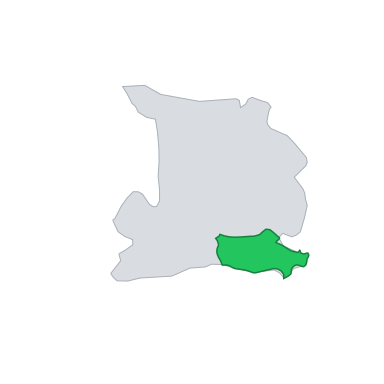 where Pljevlja sits in Montenegro, rotated 144°
{"feature_id": "MNE-1516", "entity_name": "Pljevlja", "entity_type": "Municipality", "adm_level": 1, "iso_a3": "MNE", "parent_name": "Montenegro", "parent_adm1": "", "projection": "natural_earth1", "projection_center": [19.172, 43.297], "detail": "fine", "context": "in_parent", "style": "filled", "palette": "green", "viewbox_px": 384, "rotation_deg": 144, "n_neighbors": 0, "source": "natural_earth", "source_scale": "10m", "svg_char_len": 2081}
<svg xmlns="http://www.w3.org/2000/svg" viewBox="0 0 384 384"><g transform="rotate(144 192 192)"><path d="M168.5,68.1L168.2,69.9L168.8,75.3L171.4,80.6L180.9,86.0L194.7,96.6L211.0,116.2L218.5,122.0L225.2,123.5L238.3,131.6L247.5,133.6L257.7,135.8L284.4,152.8L296.4,157.8L304.9,164.2L305.9,170.2L305.5,173.9L290.1,178.3L287.5,184.9L280.0,184.2L271.0,184.1L268.0,188.3L272.4,195.3L275.2,203.4L273.0,214.6L272.2,216.1L270.1,215.7L257.4,222.2L247.9,225.3L239.4,226.8L235.3,223.7L233.3,219.4L233.7,207.1L232.1,203.0L229.2,201.0L223.4,203.9L216.6,213.4L210.3,224.4L200.8,235.9L193.0,247.0L184.6,260.9L178.8,272.4L184.8,279.0L188.5,288.0L187.4,294.8L188.5,298.8L186.6,310.6L186.2,318.1L167.6,306.1L159.9,289.3L132.7,260.9L101.5,241.5L99.9,238.5L101.6,234.8L103.1,231.8L96.6,231.6L92.1,234.0L87.8,233.3L82.9,226.0L78.3,219.8L78.1,214.2L80.2,213.5L83.4,211.3L89.9,205.1L91.2,201.9L90.9,197.0L81.8,181.5L80.5,171.5L79.2,152.8L81.2,148.4L84.5,146.3L100.6,143.9L100.4,129.4L101.4,125.0L104.6,119.0L106.7,113.4L115.6,105.5L127.7,96.1L133.0,95.8L137.7,97.1L142.9,105.2L148.6,104.2L149.8,94.5L142.3,81.7L138.4,73.5L139.6,69.1L142.4,66.7L148.8,68.2L155.0,70.4L158.8,68.9L165.0,67.7L168.5,68.1Z" fill="#d9dde1" stroke="#a8b0b8" stroke-width="1"/><path d="M168.6,68.1L166.2,71.6L166.3,75.9L168.3,79.9L171.4,82.3L187.7,89.1L189.7,90.4L194.6,97.3L201.6,104.1L203.1,106.0L205.1,110.3L206.3,112.0L210.5,115.2L209.3,119.4L209.0,123.3L208.2,126.7L206.9,129.3L204.8,131.6L201.6,133.5L200.1,137.6L200.1,140.6L196.0,140.4L194.3,141.3L191.5,137.3L187.9,133.5L183.6,130.0L177.7,126.1L172.1,122.7L167.7,119.7L162.4,117.8L158.1,118.3L154.0,118.4L151.1,115.7L150.0,111.8L148.5,104.9L148.1,103.6L148.4,103.2L149.7,102.6L152.9,102.4L153.7,101.7L150.1,95.4L146.6,86.4L142.5,81.4L141.7,80.8L139.1,81.5L139.1,80.7L139.6,79.5L139.7,78.5L138.1,76.2L137.2,75.7L135.4,75.3L134.2,74.5L134.2,73.2L134.9,72.0L136.0,71.2L138.2,70.2L141.0,67.3L142.8,66.1L145.5,65.9L147.1,67.4L148.4,69.6L150.0,71.4L152.0,72.1L154.5,72.0L156.8,71.1L160.0,67.7L163.0,67.3L168.6,68.1Z" fill="#22c55e" stroke="#15803d" stroke-width="1.5"/></g></svg>